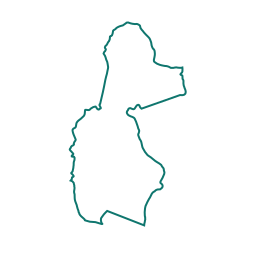 the district of Magdalena, Intibucá, Honduras, rotated 199°
{"feature_id": "27666195B97095820119427", "entity_name": "Magdalena", "entity_type": "district", "adm_level": 2, "iso_a3": "HND", "parent_name": "Honduras", "parent_adm1": "Intibucá", "projection": "mercator", "projection_center": [-88.37, 13.92], "detail": "fine", "context": "isolated", "style": "outline", "palette": "teal", "viewbox_px": 256, "rotation_deg": 199, "n_neighbors": 0, "source": "geoboundaries", "source_scale": "gbopen_adm2", "svg_char_len": 5821}
<svg xmlns="http://www.w3.org/2000/svg" viewBox="0 0 256 256"><g transform="rotate(199 128 128)"><path d="M81.0,41.2L81.2,42.1L81.4,42.7L81.5,44.3L81.8,45.9L81.9,47.0L82.8,49.4L83.0,49.5L83.6,50.7L84.8,53.8L85.3,55.8L85.7,57.5L85.9,58.8L86.0,60.1L85.8,62.0L85.6,64.2L85.0,67.9L84.6,69.4L84.1,73.5L83.9,74.0L83.7,74.8L83.5,75.2L83.1,75.7L82.9,76.1L82.3,76.6L81.6,78.0L81.2,78.5L80.9,78.8L80.4,79.2L80.0,79.5L77.6,80.5L76.5,82.3L76.3,83.0L76.2,83.6L76.3,84.1L76.5,84.7L76.9,85.3L77.2,85.6L77.7,85.9L78.2,86.2L78.9,86.4L79.2,86.5L79.6,86.9L79.8,87.5L79.8,88.3L79.1,92.2L78.9,95.0L78.8,96.3L78.9,96.8L79.0,97.4L79.2,98.1L79.5,98.5L80.1,99.3L80.8,100.7L81.2,101.3L81.4,101.5L83.3,102.7L84.6,103.9L85.5,104.2L87.1,104.7L89.5,105.2L91.5,105.7L96.9,107.7L97.7,107.9L99.3,108.3L100.3,108.6L101.0,108.9L104.4,111.1L104.9,111.6L107.2,113.6L108.0,114.4L108.9,115.8L110.4,118.3L111.2,119.5L112.0,120.3L112.9,121.0L113.4,121.4L115.8,124.3L116.1,124.8L116.3,125.5L116.3,125.9L116.2,126.9L116.3,127.7L116.4,128.6L116.5,129.0L116.9,129.6L117.3,130.0L118.3,131.1L119.3,132.6L120.0,133.5L121.5,135.4L122.5,136.7L123.7,137.9L124.8,139.1L125.1,139.2L125.5,139.5L126.2,139.7L126.9,139.8L127.7,139.9L129.3,139.9L130.9,140.1L131.8,140.3L132.5,140.6L133.3,141.2L133.9,141.8L134.2,142.4L134.3,143.1L134.3,143.6L134.1,144.1L133.9,144.6L133.8,146.1L133.6,146.4L133.5,146.7L132.9,147.2L132.6,147.4L132.3,147.5L131.5,147.5L130.3,147.4L129.8,147.4L129.2,147.5L128.8,147.6L128.6,147.8L128.2,148.2L128.0,148.7L127.3,151.4L127.0,152.2L126.7,152.6L126.3,152.9L126.0,153.2L125.6,153.3L125.3,153.3L125.0,153.2L124.5,152.9L124.2,152.6L123.9,152.1L123.3,151.6L122.5,151.1L121.5,150.7L89.5,176.1L88.4,176.4L87.0,176.9L86.5,177.2L86.0,177.6L85.6,177.9L85.4,178.3L85.2,178.7L85.0,179.1L85.0,179.6L85.0,180.1L85.2,180.8L85.3,181.2L85.7,181.9L86.2,182.7L86.7,183.3L87.5,184.2L88.3,185.3L88.9,186.0L89.3,186.6L89.7,187.4L90.1,188.2L90.8,190.3L91.0,190.8L91.3,191.2L91.6,191.6L91.8,191.8L92.2,192.0L92.4,192.2L92.8,193.2L93.3,194.5L93.6,195.1L93.8,195.3L94.1,195.4L94.9,195.4L95.6,195.6L95.8,195.7L95.9,195.9L95.7,196.6L95.0,198.2L95.0,198.9L95.0,199.3L95.5,200.9L95.8,201.8L96.3,202.9L97.2,202.3L98.5,201.8L100.4,201.3L101.0,201.2L101.8,201.1L102.4,200.9L103.6,200.3L104.7,199.6L107.0,198.8L109.4,199.2L110.4,199.2L111.7,199.1L113.2,198.7L114.4,198.5L116.7,198.2L118.6,198.1L120.6,198.2L121.7,198.3L122.8,198.6L124.2,199.0L124.7,199.2L125.0,199.4L125.3,199.8L125.5,200.3L125.7,200.8L126.1,203.9L126.4,205.7L126.7,206.7L127.0,207.5L127.7,209.0L128.1,209.7L128.4,210.1L128.9,210.5L129.2,210.8L129.9,211.0L130.2,211.2L130.9,211.8L131.4,212.3L132.5,213.7L134.0,216.5L135.9,218.8L136.7,219.6L137.6,220.2L138.9,220.9L141.4,222.1L144.0,223.5L145.3,224.4L146.9,225.3L147.5,225.7L148.3,226.3L148.6,226.5L150.1,228.7L150.3,228.8L151.7,229.2L153.0,229.3L153.7,229.2L154.6,228.8L155.3,228.5L157.7,228.0L159.6,227.8L162.3,227.8L162.5,227.7L163.7,227.1L163.9,226.6L166.3,223.3L167.7,222.4L168.8,221.6L169.7,220.8L170.7,219.8L171.4,218.9L171.6,218.6L171.8,218.1L171.9,217.8L172.5,216.9L173.3,216.0L173.6,215.5L173.7,215.2L173.7,214.7L173.6,214.3L173.5,213.5L173.3,212.4L173.3,211.6L173.3,210.6L173.5,210.2L173.7,209.7L174.3,209.3L174.8,208.6L174.2,206.1L174.1,205.4L174.3,204.6L174.2,204.1L174.8,202.5L175.0,200.7L175.2,199.9L175.3,199.4L175.7,198.7L176.0,198.2L176.1,197.6L176.1,197.1L176.1,196.7L175.8,196.2L175.6,196.0L175.0,195.6L174.6,195.2L174.5,194.8L174.7,193.1L175.1,192.5L175.2,192.0L175.3,191.5L175.3,190.4L173.3,188.8L172.2,187.5L170.8,185.5L169.2,183.8L168.2,182.1L166.6,179.1L166.3,177.7L166.0,175.2L165.6,172.5L165.4,169.3L165.1,166.2L164.1,159.1L163.4,153.4L162.2,141.7L162.4,141.5L162.5,141.3L162.5,140.8L162.4,140.5L162.4,140.3L160.4,138.3L160.3,138.1L160.2,137.8L160.3,137.6L160.4,137.4L160.9,137.1L161.1,136.9L161.3,136.6L161.3,136.3L161.5,136.1L161.7,135.9L162.2,135.8L162.7,135.9L163.3,136.1L163.7,136.3L164.5,137.0L165.1,137.4L165.6,137.7L165.9,137.6L167.0,136.9L167.7,136.4L167.9,136.2L169.3,134.5L169.6,134.1L170.0,133.1L170.3,132.7L170.6,132.4L170.9,132.2L171.4,132.0L173.7,131.5L174.1,131.3L174.3,131.2L174.3,130.9L174.3,130.4L174.0,129.2L173.6,127.6L173.5,127.1L173.5,126.3L173.6,125.4L173.8,124.8L175.6,121.4L177.2,119.0L177.6,118.2L177.9,117.6L178.2,116.5L178.3,115.7L177.8,112.7L177.8,112.2L177.8,111.7L178.0,111.3L178.2,110.9L178.5,110.6L178.9,110.2L179.4,109.6L179.7,108.9L179.8,108.3L179.7,107.8L179.4,107.2L179.1,106.6L178.3,105.4L177.3,104.1L174.7,101.2L173.9,100.3L173.7,100.0L173.6,99.5L173.7,99.1L173.7,98.7L174.1,97.7L174.2,96.1L174.2,95.6L174.1,95.4L173.8,95.0L173.8,94.6L173.9,94.3L174.2,93.8L174.5,93.5L175.2,92.8L175.6,92.0L175.7,91.5L175.8,90.2L176.1,89.3L176.1,88.9L176.0,88.6L175.4,88.1L172.1,86.3L171.5,85.9L171.3,85.7L171.3,85.2L171.4,84.7L171.6,84.4L172.0,83.9L172.1,83.6L172.1,83.2L171.9,82.8L171.7,82.8L171.3,82.8L169.9,83.2L169.7,83.2L169.1,82.7L168.8,82.4L168.7,82.1L168.2,80.3L168.2,78.6L168.1,77.8L167.7,76.4L167.3,75.2L167.1,74.1L166.7,72.4L166.4,69.9L166.3,68.9L166.6,68.0L166.9,67.3L167.0,67.0L166.9,66.8L166.8,66.6L166.6,66.5L165.7,66.2L164.4,65.4L163.9,65.0L163.7,64.7L163.8,64.2L164.8,63.1L164.7,62.1L164.5,61.5L164.5,61.3L165.1,59.6L164.4,59.6L163.4,59.5L162.9,59.3L162.3,58.9L161.7,58.6L161.4,58.3L160.8,57.2L160.1,56.3L160.0,56.0L159.9,55.5L159.4,54.7L159.0,53.8L158.7,52.5L158.4,50.7L158.2,50.1L157.8,49.2L157.1,48.2L156.8,47.6L155.6,44.4L155.0,43.1L154.5,42.3L153.9,41.4L151.4,38.4L150.8,37.4L149.3,35.2L148.1,33.8L147.2,32.3L146.9,32.0L146.4,31.6L145.8,30.7L145.0,30.1L143.4,29.2L140.7,28.1L139.2,27.4L139.0,27.1L138.8,26.8L138.6,26.7L134.8,26.9L133.5,27.0L128.1,28.4L122.7,28.6L121.4,28.7L121.2,28.8L121.1,29.0L121.3,29.2L121.7,29.2L122.0,29.4L123.4,31.5L123.8,32.7L124.0,33.3L124.0,33.8L124.0,34.3L123.8,34.9L122.7,38.5L121.6,41.0L120.7,42.8L81.0,41.2Z" fill="none" stroke="#0f766e" stroke-width="2"/></g></svg>